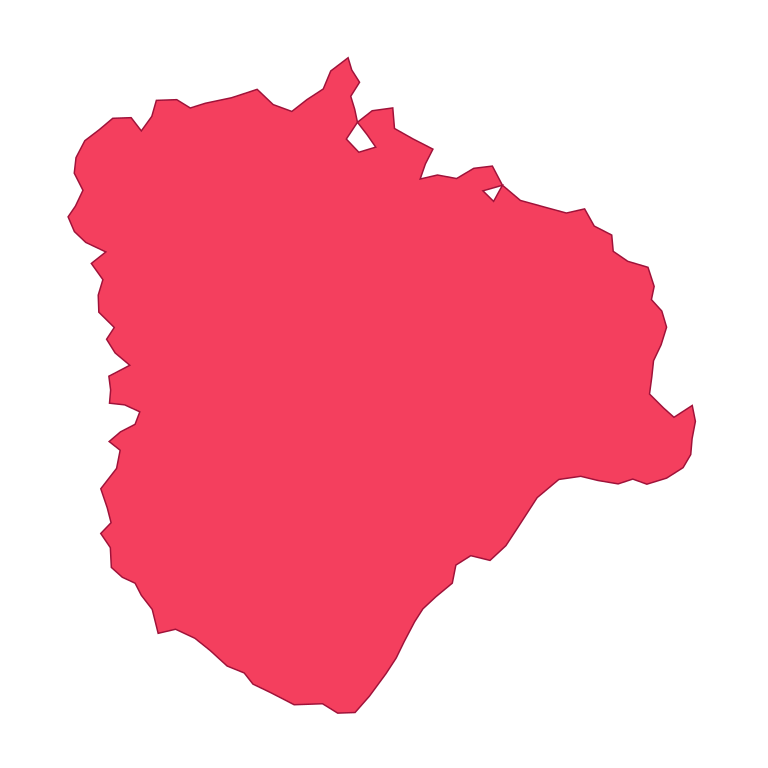 the district of Santa Terezinha do Progresso, Santa Catarina, Brazil, rotated 88°
{"feature_id": "56859067B77763661089078", "entity_name": "Santa Terezinha do Progresso", "entity_type": "district", "adm_level": 2, "iso_a3": "BRA", "parent_name": "Brazil", "parent_adm1": "Santa Catarina", "projection": "natural_earth1", "projection_center": [-53.177, -26.585], "detail": "fine", "context": "isolated", "style": "filled", "palette": "rose", "viewbox_px": 768, "rotation_deg": 88, "n_neighbors": 0, "source": "geoboundaries", "source_scale": "gbopen_adm2", "svg_char_len": 1821}
<svg xmlns="http://www.w3.org/2000/svg" viewBox="0 0 768 768"><g transform="rotate(88 384 384)"><path d="M625.3,618.4L621.8,600.9L631.5,581.9L644.3,567.0L660.4,550.6L667.9,533.8L679.4,525.4L688.5,508.0L701.4,485.0L701.4,456.6L711.3,441.8L711.3,424.4L695.5,409.5L673.5,392.1L658.3,381.4L642.5,373.0L622.7,361.7L610.1,353.0L598.6,339.8L585.4,322.7L567.5,318.5L558.6,303.3L564.0,284.2L549.8,267.8L532.4,255.5L502.9,234.9L485.5,212.6L483.1,190.6L487.9,173.5L492.0,153.5L487.7,138.7L493.3,124.8L487.9,104.8L478.0,88.0L465.2,79.9L449.4,78.0L432.2,74.1L416.2,76.7L427.4,95.4L417.8,105.4L403.3,119.0L386.2,116.1L370.1,113.8L354.5,105.7L337.1,99.6L320.8,103.8L309.0,113.8L295.9,110.6L276.6,116.1L269.9,136.1L259.4,150.3L243.1,151.2L233.5,168.4L216.0,177.4L219.5,195.8L212.8,217.4L205.3,241.3L189.5,258.7L170.0,268.1L171.6,286.8L181.2,304.3L177.0,323.3L180.4,340.7L165.4,334.9L151.0,326.9L140.0,346.6L129.0,364.6L108.4,365.6L110.5,386.3L121.5,401.4L108.4,403.7L95.3,407.2L81.6,397.9L69.0,405.3L56.7,408.5L69.3,426.3L87.0,434.4L97.1,451.1L108.4,466.6L100.9,485.0L85.1,500.5L92.6,526.4L97.2,552.8L101.4,568.0L92.6,581.2L92.6,601.6L108.4,606.7L122.6,617.7L109.0,627.4L109.0,645.8L119.9,659.7L130.4,674.5L147.0,683.9L162.5,686.2L179.9,678.1L195.5,686.2L205.9,693.9L220.9,688.1L232.1,677.1L242.3,657.4L253.3,672.3L269.9,661.3L285.2,666.5L302.3,666.5L318.1,651.6L329.6,659.7L343.6,651.6L356.4,637.4L366.6,658.7L380.5,657.4L393.6,659.0L395.8,643.9L403.3,629.0L415.6,634.2L422.6,649.0L431.9,660.7L441.0,650.0L459.0,654.2L478.8,670.7L498.1,664.9L513.1,661.6L523.5,672.3L538.0,663.2L557.8,662.9L568.0,652.3L574.4,639.7L586.7,633.9L601.2,623.5L625.3,618.4ZM121.5,401.4L134.4,392.1L147.0,384.0L151.5,401.1L137.9,413.1L121.5,401.4ZM189.5,258.7L205.3,268.1L194.4,278.4L189.5,258.7Z" fill="#f43f5e" stroke="#9f1239" stroke-width="1.5"/></g></svg>